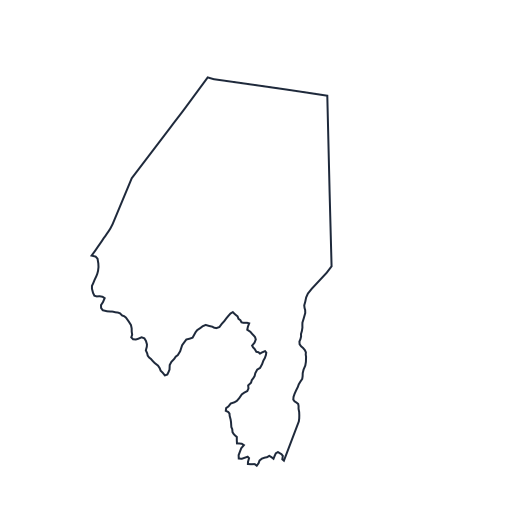 outline of Teixeira de Freitas, Bahia, Brazil, rotated 218°
{"feature_id": "56859067B64660770353607", "entity_name": "Teixeira de Freitas", "entity_type": "district", "adm_level": 2, "iso_a3": "BRA", "parent_name": "Brazil", "parent_adm1": "Bahia", "projection": "equal_earth", "projection_center": [-39.873, -17.43], "detail": "fine", "context": "isolated", "style": "outline", "palette": "slate", "viewbox_px": 512, "rotation_deg": 218, "n_neighbors": 0, "source": "geoboundaries", "source_scale": "gbopen_adm2", "svg_char_len": 3230}
<svg xmlns="http://www.w3.org/2000/svg" viewBox="0 0 512 512"><g transform="rotate(218 256 256)"><path d="M385.8,155.1L382.0,156.8L379.2,156.3L375.6,153.0L373.3,150.3L371.3,147.0L370.1,144.2L369.4,141.8L368.5,137.8L367.4,133.9L366.9,131.5L365.1,129.2L361.7,126.6L358.9,125.2L356.6,126.1L354.5,128.0L351.8,129.4L349.3,129.6L348.2,125.5L347.9,121.9L346.1,119.7L343.4,118.9L339.2,120.8L336.4,122.7L334.8,123.9L332.1,125.1L330.0,126.4L327.9,127.1L324.9,126.7L322.8,127.4L320.6,127.4L318.2,126.7L315.6,125.9L312.0,124.6L309.4,122.4L307.3,119.8L305.1,117.7L304.2,115.1L301.6,114.7L299.3,116.2L297.9,118.2L296.1,121.5L293.3,122.4L290.4,121.3L287.5,119.2L286.2,117.3L284.7,113.8L281.8,112.3L280.0,110.8L277.7,110.2L275.4,110.2L272.9,109.7L270.0,109.3L267.7,109.3L265.7,109.3L262.8,108.3L260.5,106.9L257.7,106.6L254.3,105.8L252.9,108.0L253.5,110.7L254.2,113.2L256.9,117.0L257.5,120.5L257.1,124.6L257.3,127.3L256.6,129.7L257.1,134.2L259.3,140.3L259.4,143.5L259.5,147.3L257.3,150.1L255.7,152.6L256.2,155.8L256.7,158.8L256.7,161.4L255.5,165.0L254.8,167.8L253.2,170.7L249.9,172.0L246.9,173.4L244.9,173.7L242.8,174.8L241.1,177.5L241.2,181.5L240.9,185.2L241.0,188.6L240.9,191.9L240.7,195.0L239.7,197.5L237.3,197.2L235.4,197.1L233.4,197.1L231.1,195.7L228.8,195.8L226.6,194.8L224.8,195.6L221.9,197.9L219.9,198.7L218.9,195.4L217.5,192.5L213.8,192.8L210.9,192.2L208.6,191.9L206.8,191.5L204.8,190.1L203.8,186.8L203.9,183.0L202.1,182.2L199.8,181.9L196.7,180.7L194.8,181.7L192.8,181.5L191.9,183.7L190.3,186.6L188.4,186.2L187.2,184.0L186.2,181.0L185.8,178.2L184.6,174.5L183.9,170.3L185.1,167.2L184.4,163.2L183.2,160.6L182.9,158.1L182.9,155.6L181.9,153.1L182.5,149.2L180.4,147.0L179.7,144.2L181.1,141.2L182.0,138.2L181.7,133.6L181.9,130.0L182.9,127.5L185.1,124.2L185.1,120.5L185.9,117.8L184.5,115.4L181.8,116.0L179.9,115.5L178.3,113.8L175.3,111.5L173.4,109.7L171.8,107.9L170.1,106.0L168.1,104.9L166.0,102.7L164.0,102.0L162.1,101.7L159.7,101.6L157.7,99.0L155.6,96.6L153.7,98.0L151.6,99.3L149.1,99.5L149.3,95.5L148.2,91.9L147.1,88.4L144.9,85.8L142.4,87.4L140.8,89.9L139.0,92.7L137.0,92.4L135.6,88.9L134.3,87.1L131.8,88.8L128.9,91.2L126.3,91.2L126.4,94.3L127.3,97.0L126.6,100.0L124.9,102.6L123.4,104.3L122.5,106.7L119.8,107.0L117.4,107.0L118.2,109.8L118.9,112.7L118.0,115.0L116.1,115.2L113.9,115.5L111.8,115.0L110.1,112.0L108.0,111.9L120.4,152.0L122.0,154.7L123.8,157.1L125.9,159.6L128.4,161.8L130.1,164.0L131.7,165.4L134.1,165.4L136.2,165.2L138.2,165.8L139.7,168.1L140.8,171.3L141.7,175.0L142.4,178.5L143.3,181.2L143.7,184.5L143.9,187.6L145.2,189.9L147.1,192.5L148.6,195.8L149.7,200.0L151.5,203.3L153.1,205.5L154.5,207.4L156.1,208.9L157.4,210.8L159.5,211.9L162.3,212.5L164.9,212.6L167.3,213.3L169.1,215.3L169.8,217.8L170.9,220.3L172.5,222.2L173.7,225.2L175.3,228.1L177.0,230.2L178.4,232.1L179.9,236.0L181.0,238.7L182.1,241.4L184.0,243.7L185.7,244.9L187.6,246.8L189.0,250.2L191.0,254.3L192.0,258.4L191.9,264.7L190.0,286.2L190.1,294.4L237.2,351.5L298.5,426.2L334.7,405.8L398.2,369.3L404.0,367.0L402.9,328.1L402.8,322.5L402.7,309.1L402.6,305.4L401.8,240.8L388.6,192.8L387.7,188.0L387.4,184.9L387.2,181.3L387.0,178.8L387.0,176.3L386.7,173.2L386.5,169.9L386.3,166.1L386.0,161.5L385.9,158.3L385.8,155.1Z" fill="none" stroke="#1e293b" stroke-width="2"/></g></svg>